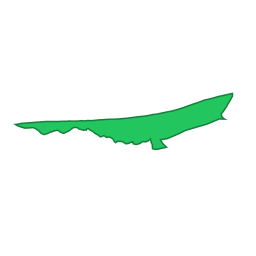 Ibeju Lekki, Lagos, Nigeria, rotated 168°
{"feature_id": "59680162B89638160160445", "entity_name": "Ibeju Lekki", "entity_type": "district", "adm_level": 2, "iso_a3": "NGA", "parent_name": "Nigeria", "parent_adm1": "Lagos", "projection": "orthographic", "projection_center": [3.982, 6.458], "detail": "fine", "context": "isolated", "style": "filled", "palette": "green", "viewbox_px": 256, "rotation_deg": 168, "n_neighbors": 0, "source": "geoboundaries", "source_scale": "gbopen_adm2", "svg_char_len": 2580}
<svg xmlns="http://www.w3.org/2000/svg" viewBox="0 0 256 256"><g transform="rotate(168 128 128)"><path d="M31.6,116.6L32.6,117.5L33.8,119.7L33.9,121.1L33.8,122.5L31.2,124.5L26.7,128.9L25.7,130.3L24.4,131.5L23.4,132.6L19.3,137.3L18.8,139.1L18.6,140.1L22.6,140.1L30.0,140.0L33.4,140.0L35.9,139.8L38.6,139.6L41.9,139.5L47.7,139.4L50.1,139.0L53.8,138.4L55.3,138.3L59.8,137.8L63.1,137.3L65.3,137.0L69.8,136.4L73.0,136.1L75.2,135.9L78.2,135.6L80.7,135.5L83.3,135.5L86.7,135.6L88.0,135.6L91.7,135.6L94.3,135.6L96.6,135.5L100.5,136.0L100.8,136.0L104.7,136.0L108.8,136.1L113.0,136.6L114.9,136.8L118.2,137.1L123.8,137.5L125.1,137.6L126.6,137.7L128.5,138.0L133.4,138.6L135.4,138.8L140.3,139.6L142.1,140.0L145.1,140.5L147.4,140.9L151.9,141.5L155.7,142.1L159.9,142.5L161.6,142.7L162.9,143.0L163.7,143.2L166.5,143.8L169.5,144.0L172.0,144.9L174.3,145.0L178.0,145.7L182.2,146.5L183.9,147.1L184.6,147.1L186.0,147.2L187.8,147.6L189.7,148.0L193.2,148.6L194.4,148.8L195.1,148.9L206.3,151.3L208.2,151.6L210.2,151.8L228.4,154.3L230.8,154.6L233.3,154.7L235.5,154.7L237.4,154.9L235.8,153.3L231.5,150.7L229.7,149.9L229.6,149.5L225.3,148.7L221.1,148.2L219.1,147.1L216.1,144.1L214.9,142.2L214.2,141.0L211.5,139.0L207.9,139.3L205.7,139.9L205.2,140.1L204.6,140.1L204.0,140.0L203.7,140.2L202.4,140.3L201.6,140.3L200.3,140.6L200.0,140.5L197.3,140.4L196.3,139.5L195.0,138.0L193.5,137.0L193.1,136.7L192.0,136.1L191.3,136.2L189.6,136.8L189.4,136.8L188.0,137.1L187.6,137.0L187.2,137.1L186.5,137.4L186.1,137.6L183.3,138.9L181.8,139.5L180.9,139.7L180.6,139.8L180.3,139.6L179.3,139.5L178.1,139.1L177.0,138.4L175.9,137.0L174.4,136.3L171.4,134.9L170.9,135.1L169.9,135.1L169.4,134.6L168.2,135.6L167.3,135.9L166.6,135.5L166.3,134.6L164.5,133.0L162.6,131.4L161.7,129.9L158.7,127.3L158.2,126.7L157.4,125.5L156.7,125.1L155.2,125.1L153.7,125.5L152.8,125.3L152.3,124.9L152.0,124.3L151.0,123.3L150.3,123.1L149.2,123.3L147.7,122.9L145.8,121.2L145.0,120.3L144.3,118.0L143.3,116.3L141.3,117.0L139.8,116.9L137.8,116.3L136.6,115.9L136.0,115.4L135.3,115.1L135.1,114.7L134.6,114.3L134.2,113.7L133.9,113.5L133.8,113.2L133.4,113.1L132.8,113.0L132.3,112.8L131.6,112.9L130.9,112.8L130.3,113.0L129.9,112.9L129.1,113.2L127.7,113.5L127.3,113.3L126.3,113.6L126.2,111.5L123.6,110.2L119.7,110.3L117.0,111.6L115.5,111.4L113.5,110.7L111.0,111.2L108.4,112.6L108.2,108.5L107.7,106.8L108.3,102.6L105.4,101.3L104.8,101.2L102.3,101.1L94.3,101.2L94.8,101.9L96.8,104.8L97.7,106.6L98.7,109.8L93.0,109.5L92.1,109.4L83.9,111.0L77.9,112.2L72.4,113.7L49.8,115.4L36.7,117.9L33.5,117.0L31.6,116.6Z" fill="#22c55e" stroke="#15803d" stroke-width="1.5"/></g></svg>